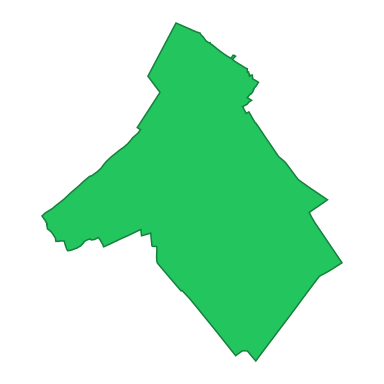 the district of Elburg, Gelderland, Netherlands
{"feature_id": "6326949B24126125821368", "entity_name": "Elburg", "entity_type": "district", "adm_level": 2, "iso_a3": "NLD", "parent_name": "Netherlands", "parent_adm1": "Gelderland", "projection": "albers", "projection_center": [5.826, 52.416], "detail": "fine", "context": "isolated", "style": "filled", "palette": "green", "viewbox_px": 384, "rotation_deg": 0, "n_neighbors": 0, "source": "geoboundaries", "source_scale": "gbopen_adm2", "svg_char_len": 5301}
<svg xmlns="http://www.w3.org/2000/svg" viewBox="0 0 384 384"><path d="M255.8,361.0L258.2,357.7L269.7,342.4L280.8,327.7L282.0,326.2L283.7,323.9L294.6,309.4L302.2,299.1L304.0,296.6L304.7,295.8L305.2,295.1L305.7,294.4L306.2,293.7L306.7,293.1L306.9,292.8L314.4,282.8L315.6,281.3L316.8,279.6L317.5,278.8L319.4,276.3L320.1,275.9L327.9,271.7L332.8,268.7L336.8,266.1L339.1,264.7L341.0,263.4L342.0,262.8L314.4,222.0L312.0,217.8L309.2,212.5L312.4,210.2L318.9,205.8L327.5,199.8L320.7,195.2L315.4,191.6L312.7,189.8L309.4,187.6L298.4,179.7L296.4,177.2L286.0,163.2L284.9,162.0L284.0,161.1L279.0,156.9L278.6,156.6L269.4,143.0L268.5,141.7L265.5,137.4L264.7,136.2L264.1,135.2L263.8,134.9L262.1,132.2L261.6,131.5L258.7,127.2L257.7,125.8L256.1,123.5L256.1,123.3L255.1,122.7L253.3,119.6L248.9,111.9L246.1,113.4L245.6,112.3L245.0,111.1L244.7,110.6L244.1,109.5L243.0,107.1L242.7,106.8L242.6,106.7L242.8,106.6L243.6,106.1L244.7,105.6L245.8,104.9L246.9,104.5L247.7,103.5L248.9,102.1L249.3,101.8L251.6,100.3L247.3,97.7L248.3,96.6L248.1,96.4L250.3,94.2L250.6,93.9L250.8,94.1L252.6,92.2L253.3,90.6L253.7,89.8L253.6,89.7L253.4,89.4L253.6,89.2L254.6,87.7L254.9,87.4L255.2,87.0L256.3,85.8L256.6,85.3L257.2,84.2L258.0,83.0L258.5,82.3L257.2,81.5L256.0,80.7L253.1,79.1L252.7,78.6L252.6,78.4L252.7,78.2L252.5,76.8L252.5,76.0L252.5,75.9L252.1,74.9L249.4,76.1L249.1,75.1L249.7,74.9L249.6,74.6L249.4,74.2L248.7,72.8L248.5,71.9L248.1,71.9L247.9,72.0L247.5,72.2L247.4,71.7L247.4,70.7L247.3,69.8L247.3,68.7L246.8,68.6L246.0,68.3L244.1,67.1L243.3,66.7L242.7,66.3L241.9,65.8L241.4,65.4L237.5,63.1L236.5,62.4L235.2,61.6L233.6,60.3L233.0,60.0L232.5,59.6L232.4,59.5L235.6,56.2L234.0,55.3L233.8,55.5L233.1,55.2L232.7,55.7L231.1,58.2L230.5,57.9L230.1,57.7L229.9,57.7L229.3,57.4L226.4,55.6L226.2,55.5L225.7,55.1L225.4,55.0L224.5,54.3L224.0,54.0L223.5,53.7L223.1,53.4L222.7,53.1L222.3,52.8L222.0,52.5L221.5,52.2L221.2,52.1L220.9,51.7L220.7,51.6L220.2,51.3L220.1,51.2L219.8,50.9L219.7,50.8L219.2,50.5L217.5,49.2L217.2,49.0L217.0,48.8L216.7,48.4L216.2,48.1L215.8,47.8L215.6,47.5L215.4,47.3L215.0,47.1L214.7,46.9L214.5,46.7L213.7,46.1L213.6,45.9L213.4,45.8L213.2,45.6L212.8,45.3L212.4,45.1L212.2,45.0L212.0,44.6L211.9,44.6L211.7,44.5L211.4,44.3L211.3,44.2L211.0,44.2L210.9,44.2L210.5,43.7L210.4,43.4L210.3,43.2L210.2,42.9L210.1,42.7L209.8,42.8L209.5,42.7L209.4,42.7L209.2,42.8L208.9,42.7L208.7,42.4L208.3,42.4L208.1,42.4L207.6,42.0L207.3,41.6L207.0,41.4L206.5,41.3L206.4,41.1L206.0,40.9L205.4,40.1L205.1,39.6L205.0,39.4L204.1,38.4L203.8,37.8L203.6,37.4L203.2,37.0L201.5,35.3L200.8,34.5L200.5,34.1L200.4,33.8L200.2,33.4L200.2,33.2L199.8,33.0L199.5,32.9L199.1,32.8L198.5,32.5L197.9,32.3L197.6,32.3L196.8,32.3L196.6,32.2L196.3,31.9L195.9,31.5L195.6,31.4L195.3,31.4L194.7,31.2L193.8,30.8L192.4,30.2L191.8,29.9L176.0,23.0L147.9,76.2L160.0,92.4L137.2,127.6L140.5,129.7L137.9,133.2L132.4,138.0L131.5,139.4L127.8,143.7L123.1,147.7L120.4,149.5L111.5,156.6L106.8,161.0L104.5,163.6L100.8,168.5L97.3,171.7L91.3,176.0L89.8,176.2L83.3,181.6L78.4,186.3L71.5,192.1L64.1,199.1L55.3,206.0L52.1,208.7L45.3,212.9L42.0,216.0L44.0,218.9L44.1,219.0L44.5,219.5L44.8,219.8L45.0,220.0L45.1,220.6L45.5,220.9L45.9,221.4L46.0,221.6L46.1,221.8L46.0,222.1L46.1,222.3L46.4,222.6L46.6,222.9L46.9,223.4L46.9,223.5L46.7,223.7L46.7,223.8L46.8,223.8L47.0,223.8L47.3,224.0L47.3,224.3L47.1,224.6L46.9,224.7L46.7,224.7L46.7,224.8L46.7,225.0L46.8,225.2L46.9,225.5L47.0,226.2L47.2,227.0L47.3,227.5L47.4,228.1L47.4,228.5L47.4,228.8L47.9,229.1L48.0,229.3L48.2,229.5L49.1,230.0L49.6,230.5L49.9,230.7L50.0,230.9L50.8,231.5L51.2,232.0L51.7,232.5L52.5,233.6L54.6,236.8L55.0,237.5L55.4,238.1L55.5,238.5L55.7,240.2L55.8,240.8L55.9,241.4L56.2,241.4L58.0,241.3L59.4,241.3L60.0,241.1L60.6,240.9L60.8,240.9L61.5,240.9L62.3,241.0L62.8,241.0L64.1,241.0L64.5,242.3L65.1,244.4L65.2,244.8L65.9,246.8L66.0,247.2L66.6,248.9L66.8,249.3L66.9,249.5L67.2,250.0L67.4,250.3L67.8,250.8L69.7,250.4L69.8,250.5L71.9,250.0L73.2,249.4L76.2,248.3L76.8,248.2L78.4,247.2L80.7,245.9L81.2,245.5L81.3,245.3L81.6,244.9L82.2,244.4L82.8,243.6L83.1,243.4L83.5,243.0L83.8,242.7L83.8,242.4L83.8,242.2L83.9,241.9L84.0,241.7L84.8,241.2L87.2,239.9L87.8,239.7L89.0,239.3L89.3,239.2L90.3,239.1L90.6,239.4L90.9,239.8L91.1,239.8L91.8,239.9L93.0,239.8L94.1,239.5L94.7,239.4L94.9,239.4L95.1,239.2L95.3,239.1L96.4,238.6L98.0,237.6L98.5,237.8L98.7,238.0L99.4,238.9L99.9,239.7L100.2,239.9L100.3,240.1L100.8,241.3L101.1,241.7L101.4,242.0L101.5,242.1L101.8,242.8L102.2,243.7L102.4,244.0L102.7,244.4L102.9,244.6L103.0,244.9L103.1,245.6L103.3,246.2L103.4,246.5L103.5,246.8L104.3,246.6L106.6,245.5L109.6,244.2L113.3,242.4L116.5,240.9L116.8,240.9L117.1,240.6L118.9,239.7L124.8,237.0L125.9,236.5L126.0,236.6L126.5,236.3L127.9,235.7L129.3,235.0L130.4,234.5L136.1,231.7L138.0,230.8L140.9,229.6L141.2,232.9L141.3,233.8L141.5,235.8L143.0,235.4L145.7,234.6L146.0,234.5L150.7,233.2L151.9,245.7L152.3,246.1L152.7,246.4L156.5,246.5L156.9,247.6L156.9,249.3L156.7,253.3L156.6,256.1L156.6,256.5L156.6,257.6L156.7,258.7L156.7,259.5L157.1,262.4L157.2,262.7L157.7,263.4L158.0,263.8L158.3,264.2L162.9,269.6L176.6,285.7L181.1,290.9L181.9,290.4L189.1,298.0L197.8,308.5L201.7,313.4L206.6,319.4L215.2,330.0L231.1,350.0L235.7,355.7L237.2,354.5L242.3,350.9L244.7,350.8L247.1,350.9L248.8,352.6L249.4,353.5L255.8,361.0Z" fill="#22c55e" stroke="#15803d" stroke-width="1.5"/></svg>